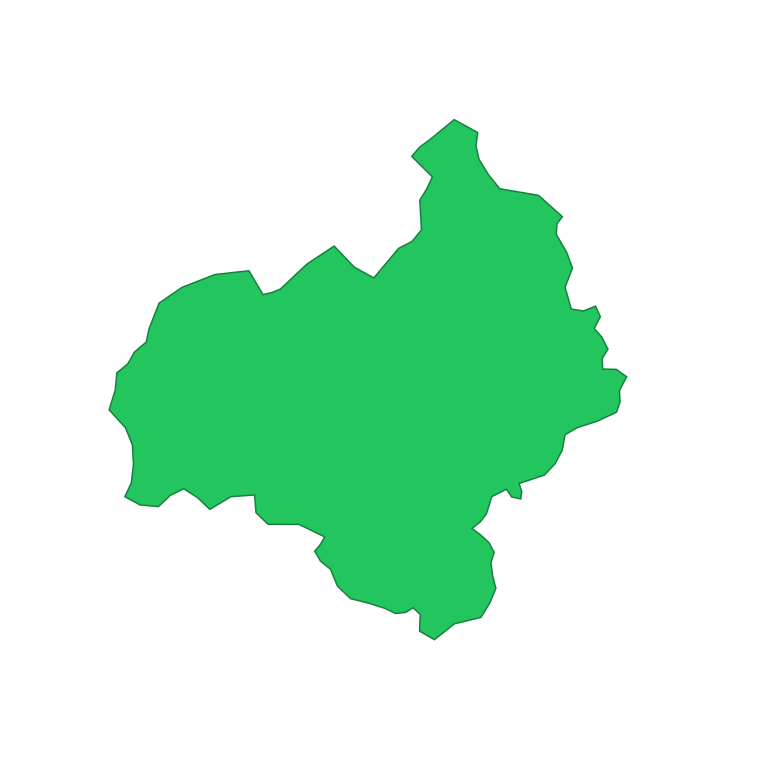 the border of Targovishte, rotated 310°
{"feature_id": "BGR-2257", "entity_name": "Targovishte", "entity_type": "Province", "adm_level": 1, "iso_a3": "BGR", "parent_name": "Bulgaria", "parent_adm1": "", "projection": "robinson", "projection_center": [26.357, 43.248], "detail": "fine", "context": "isolated", "style": "filled", "palette": "green", "viewbox_px": 768, "rotation_deg": 310, "n_neighbors": 0, "source": "natural_earth", "source_scale": "10m", "svg_char_len": 1491}
<svg xmlns="http://www.w3.org/2000/svg" viewBox="0 0 768 768"><g transform="rotate(310 384 384)"><path d="M383.8,562.6L379.5,554.3L382.2,545.4L367.0,539.0L350.5,545.9L340.3,546.4L329.9,544.2L330.5,555.0L329.9,566.5L325.9,576.6L315.8,580.8L307.0,590.4L299.3,601.1L283.8,605.9L267.6,608.3L245.5,592.1L220.6,587.0L217.5,570.1L230.8,559.8L231.3,550.1L223.0,547.4L215.7,540.5L212.8,529.1L205.9,512.4L198.1,496.4L199.2,478.4L207.7,462.1L207.5,449.2L211.4,438.4L220.3,438.4L228.7,436.8L221.8,409.1L202.0,385.4L203.1,368.7L215.8,356.2L199.2,339.1L176.0,331.2L177.1,314.2L175.0,297.8L161.3,291.9L145.1,290.0L134.5,274.8L131.1,257.9L145.9,254.0L161.6,243.6L175.6,230.4L184.3,214.1L187.5,190.0L206.5,182.1L220.8,172.2L234.6,174.8L248.0,172.3L263.3,174.9L275.3,168.5L301.4,159.7L328.1,167.1L359.2,184.1L383.9,207.7L374.7,233.9L382.0,239.3L390.1,243.6L426.6,247.9L457.6,257.1L454.4,286.1L458.7,308.0L497.1,308.0L511.4,313.8L526.1,313.7L547.8,293.3L561.0,291.3L573.7,287.9L576.2,258.9L588.6,259.1L601.5,262.2L631.6,267.8L636.9,294.2L625.5,301.4L617.1,312.5L611.4,329.9L608.0,347.2L627.8,381.1L626.8,413.2L618.1,413.4L609.3,419.9L602.3,439.3L593.9,453.9L574.5,460.5L561.8,479.3L568.1,489.8L579.6,496.0L574.6,506.5L561.6,509.4L560.0,520.5L554.6,533.2L543.9,534.7L536.0,541.9L544.5,552.5L545.5,565.3L530.5,568.5L521.8,576.5L511.8,580.2L492.7,571.3L474.8,560.1L461.5,555.3L447.9,563.1L432.8,566.3L417.3,565.4L394.6,551.4L390.0,558.8L383.8,562.6Z" fill="#22c55e" stroke="#15803d" stroke-width="1.5"/></g></svg>